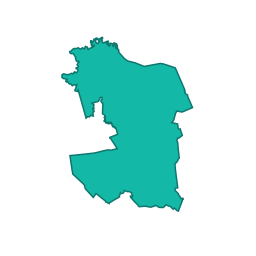 the district of Rugāju pag., Rugaju, Latvia, rotated 70°
{"feature_id": "27541924B16016350792540", "entity_name": "Rugāju pag.", "entity_type": "district", "adm_level": 2, "iso_a3": "LVA", "parent_name": "Latvia", "parent_adm1": "Rugaju", "projection": "albers", "projection_center": [27.003, 57.014], "detail": "fine", "context": "isolated", "style": "filled", "palette": "teal", "viewbox_px": 256, "rotation_deg": 70, "n_neighbors": 0, "source": "geoboundaries", "source_scale": "gbopen_adm2", "svg_char_len": 5750}
<svg xmlns="http://www.w3.org/2000/svg" viewBox="0 0 256 256"><g transform="rotate(70 128 128)"><path d="M55.4,171.8L56.2,171.9L57.1,172.6L57.8,172.7L59.2,172.1L61.4,168.6L61.7,168.7L61.5,169.3L62.0,169.4L62.0,169.7L62.4,170.2L63.1,170.5L63.9,169.8L64.0,169.3L64.5,168.9L64.3,168.8L66.6,168.1L66.6,167.3L66.9,166.9L67.2,166.6L69.1,166.0L69.3,165.7L69.1,165.2L69.1,163.4L69.9,162.4L69.9,161.3L74.7,165.2L75.0,164.9L76.5,162.8L75.6,162.3L75.2,161.8L104.4,164.0L103.8,162.5L103.5,162.0L104.4,160.4L103.2,158.5L104.7,157.1L104.9,156.4L101.3,155.8L101.0,155.4L101.2,155.0L100.7,154.1L99.5,154.1L98.5,154.7L97.7,154.6L98.0,153.3L94.7,152.7L94.7,152.1L94.4,152.1L92.4,153.3L92.9,146.8L91.2,144.6L89.9,143.9L90.1,142.1L92.1,142.3L92.4,142.7L92.9,143.9L93.4,144.2L95.3,144.0L95.5,143.8L96.0,143.1L105.6,147.0L106.3,146.9L107.0,146.1L108.0,145.6L108.6,145.6L109.1,145.3L109.6,145.3L110.0,145.7L109.8,145.8L109.6,145.6L109.4,145.7L109.8,146.7L110.8,146.7L110.9,146.3L111.2,146.2L112.0,146.4L111.8,146.7L111.9,146.9L112.6,147.1L112.9,147.9L113.3,148.1L113.4,147.9L113.8,147.8L114.2,147.4L113.8,147.0L113.8,146.8L114.4,146.9L114.6,147.3L115.1,147.2L114.8,146.9L114.8,146.6L114.9,146.4L115.0,146.4L115.1,146.7L115.3,146.8L115.5,146.6L115.9,146.5L116.5,146.0L116.1,145.3L116.4,145.4L116.5,145.1L117.4,144.8L117.4,144.6L116.7,144.3L117.0,144.2L116.9,143.9L117.4,143.8L117.6,143.4L117.5,142.9L117.0,143.2L117.0,142.9L116.8,142.7L117.3,142.6L117.2,142.2L117.3,141.8L117.8,141.8L117.8,142.1L117.9,142.3L118.3,142.4L118.6,142.2L118.5,141.9L118.7,141.7L119.2,142.0L119.8,142.0L119.9,141.8L120.1,141.7L120.5,141.7L120.7,142.0L121.3,141.9L121.5,141.8L121.3,141.6L121.7,141.6L121.6,141.2L122.1,140.9L122.1,140.6L122.4,140.6L122.2,140.3L122.3,140.2L122.6,140.1L122.6,140.4L123.2,140.3L123.9,140.0L124.1,139.7L124.1,139.4L130.4,139.9L130.6,148.2L131.3,148.5L131.6,148.0L132.4,147.8L143.7,145.2L143.1,151.2L142.4,153.0L141.7,154.4L141.5,155.2L140.0,168.3L137.1,180.2L134.1,192.0L147.8,194.8L152.4,195.6L152.7,195.5L166.5,188.5L170.4,188.9L181.4,184.4L178.7,180.4L188.6,174.4L189.2,174.0L190.1,174.1L190.7,173.0L192.0,172.3L192.4,171.7L192.1,171.7L191.7,169.4L191.0,166.4L190.2,161.6L189.8,159.6L189.4,159.7L186.4,157.3L187.3,157.1L187.5,154.4L186.1,153.2L185.5,152.9L187.7,150.2L188.1,148.6L190.5,146.7L192.1,147.2L193.0,146.8L194.1,147.5L194.2,148.3L193.5,148.2L193.5,148.9L192.2,149.0L194.1,149.2L195.7,148.5L199.5,147.1L201.0,146.4L201.7,145.9L205.8,144.4L207.3,138.7L210.2,133.7L210.4,129.0L210.1,128.8L211.3,127.4L213.2,126.0L214.8,122.1L214.1,120.1L213.0,118.7L215.1,116.7L215.9,115.3L219.8,113.3L219.1,111.8L222.5,110.1L223.3,109.1L214.7,101.7L214.2,101.6L213.9,100.5L212.8,100.5L212.3,102.4L209.8,102.7L208.5,103.4L207.2,103.1L202.5,105.2L200.8,104.2L201.2,101.7L183.4,97.7L180.0,96.8L177.9,96.1L177.0,95.0L176.8,94.4L177.0,94.2L175.7,92.4L174.4,91.3L173.9,90.2L163.4,87.6L158.5,86.2L157.7,86.4L156.1,86.4L155.4,85.4L154.5,84.9L154.8,83.5L153.6,79.5L146.7,79.3L146.6,80.3L145.5,81.0L141.2,80.0L137.9,85.0L136.7,83.0L136.0,82.1L131.2,78.8L130.3,78.2L130.1,77.7L128.7,76.5L131.2,72.3L131.5,71.3L130.9,60.4L118.5,61.1L117.4,60.7L115.0,62.5L114.6,62.2L114.2,62.3L113.4,61.9L112.6,62.3L112.2,61.8L111.7,61.8L111.5,61.6L87.7,63.0L85.0,66.3L80.0,72.7L78.4,75.5L75.7,91.7L69.2,99.0L64.9,105.4L61.4,107.7L53.6,110.8L53.1,110.5L52.3,110.5L51.9,110.1L51.0,110.2L50.2,110.6L49.3,110.5L49.5,111.3L49.3,111.9L49.1,112.0L47.9,112.1L47.0,111.2L46.4,111.2L46.2,110.9L46.4,110.7L47.7,110.8L48.0,110.6L48.0,110.4L47.5,110.0L46.6,109.9L45.4,110.1L45.0,110.0L44.9,110.3L44.1,111.0L43.3,112.0L43.3,112.4L43.6,112.5L45.1,112.1L45.4,112.2L45.9,113.2L46.4,113.7L46.4,113.9L44.4,114.1L44.1,113.8L43.6,113.8L43.3,114.3L43.0,114.5L42.3,115.5L42.2,115.8L42.7,116.0L43.1,116.9L43.5,116.5L44.5,116.9L44.6,117.1L44.6,117.5L44.3,118.1L44.0,118.3L43.2,118.2L42.1,118.9L41.3,119.0L41.2,118.7L41.8,118.0L41.7,117.5L40.5,117.4L39.9,116.8L39.7,116.8L39.3,118.8L39.4,119.0L40.0,118.9L40.2,119.0L39.4,121.0L39.8,121.7L39.8,121.9L39.5,122.3L38.6,122.6L37.5,122.8L37.0,122.5L36.6,122.0L36.4,122.0L36.2,122.4L35.7,122.9L35.1,122.9L34.8,122.8L34.6,122.3L34.7,121.9L34.9,121.3L34.8,121.0L34.2,121.0L34.0,121.3L34.0,122.0L34.2,122.5L34.5,124.6L34.8,125.6L35.5,125.7L36.2,125.4L36.6,124.9L36.9,124.8L37.3,125.3L37.1,125.9L37.1,126.3L38.3,126.9L38.4,127.4L38.2,127.9L37.4,128.5L35.9,128.9L35.1,128.8L34.1,128.1L34.0,127.6L34.3,126.9L34.3,126.4L34.1,126.0L33.8,125.9L33.1,126.2L32.8,126.9L32.7,127.2L33.0,128.2L32.9,129.2L33.0,129.7L33.2,129.9L34.0,130.1L34.9,131.4L34.8,131.8L33.5,132.5L33.4,132.8L33.3,133.1L34.7,133.9L35.1,133.8L35.8,133.3L35.7,132.8L35.9,132.5L36.5,132.9L36.7,133.8L36.8,133.9L38.2,134.1L38.8,133.9L38.9,133.3L39.3,132.8L38.7,132.0L38.5,131.5L38.9,131.4L39.4,131.7L40.0,133.2L40.1,134.7L40.0,136.1L40.2,136.5L40.1,136.9L40.5,137.7L40.6,138.5L39.8,138.9L39.1,138.5L38.2,138.5L36.8,139.9L36.9,140.2L37.3,140.7L37.9,141.0L38.2,141.4L38.6,142.2L38.2,142.6L37.5,142.9L37.2,143.1L37.1,143.7L37.7,145.1L37.4,145.8L36.7,146.5L36.3,146.8L35.6,147.4L35.6,148.0L35.7,148.9L35.7,149.4L35.2,150.3L35.1,151.1L34.8,151.8L34.8,152.0L35.1,152.7L35.3,153.6L36.0,154.6L36.3,155.5L36.4,156.0L36.2,156.6L36.4,156.8L37.2,156.9L38.5,156.2L38.8,155.8L39.3,154.4L39.5,154.0L39.9,153.8L42.7,153.3L43.6,153.0L45.0,153.6L47.7,153.5L48.2,153.0L48.4,151.7L48.8,151.4L49.5,151.9L50.0,152.8L51.1,154.2L51.7,154.2L52.9,153.5L53.5,153.7L53.9,154.4L53.7,155.8L53.8,156.2L54.0,156.4L54.6,156.3L55.5,155.4L55.9,155.2L56.7,155.3L57.4,155.8L58.2,157.0L58.4,157.7L58.1,158.2L57.2,158.6L57.0,158.8L57.0,159.2L57.7,160.2L58.3,160.7L58.3,161.0L58.2,161.3L57.4,162.0L57.3,162.4L57.5,164.1L57.3,165.7L57.3,166.4L57.1,167.0L56.5,167.8L55.0,170.1L55.0,170.4L55.4,171.2L55.4,171.8Z" fill="#14b8a6" stroke="#0f766e" stroke-width="1.5"/></g></svg>